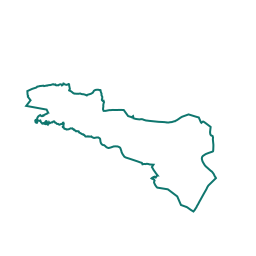 Isidro Fabela, México, Mexico, rotated 217°
{"feature_id": "50627088B86808521330602", "entity_name": "Isidro Fabela", "entity_type": "district", "adm_level": 2, "iso_a3": "MEX", "parent_name": "Mexico", "parent_adm1": "México", "projection": "natural_earth1", "projection_center": [-99.413, 19.552], "detail": "fine", "context": "isolated", "style": "outline", "palette": "teal", "viewbox_px": 256, "rotation_deg": 217, "n_neighbors": 0, "source": "geoboundaries", "source_scale": "gbopen_adm2", "svg_char_len": 5727}
<svg xmlns="http://www.w3.org/2000/svg" viewBox="0 0 256 256"><g transform="rotate(217 128 128)"><path d="M227.0,93.1L226.8,92.7L222.5,91.5L222.6,84.4L204.1,93.7L201.2,92.3L201.5,92.1L201.1,91.2L202.4,88.8L202.6,88.4L202.6,88.2L203.4,87.0L203.0,86.7L203.4,86.2L203.6,86.0L203.6,85.9L203.9,85.6L204.4,85.4L204.8,85.4L205.1,85.3L205.3,85.3L205.5,85.5L205.8,85.5L205.8,85.3L206.2,84.8L206.3,84.5L206.4,84.0L206.6,83.6L206.6,83.1L206.6,82.2L206.5,81.9L206.4,81.2L205.9,80.4L205.9,80.1L206.1,79.5L206.5,79.1L206.6,78.6L206.6,78.3L206.5,78.1L206.2,78.2L206.0,77.8L205.5,77.2L205.3,77.0L204.3,77.0L203.8,77.4L203.8,77.7L204.0,77.9L204.1,78.0L204.4,78.3L204.5,78.5L204.4,79.2L204.2,79.7L204.1,79.8L204.0,80.1L203.0,80.4L202.5,81.2L201.6,80.6L201.0,80.3L199.0,79.9L198.5,80.4L198.8,80.7L198.0,81.6L198.0,80.8L196.4,81.4L196.8,82.4L197.7,82.2L197.6,84.2L197.3,84.4L196.7,84.0L196.0,83.2L195.0,82.3L194.2,82.4L194.4,82.8L195.1,83.9L194.3,83.8L194.6,85.1L193.4,84.7L192.4,86.6L191.9,86.8L191.6,88.1L191.3,88.6L190.8,88.9L190.3,88.7L190.1,88.5L189.8,88.4L189.5,88.4L189.1,88.6L188.7,88.7L187.4,88.5L187.1,88.6L186.9,88.7L186.5,89.1L186.3,89.2L185.7,89.2L185.2,89.2L184.8,89.3L184.6,89.5L184.0,90.7L183.2,91.4L183.0,92.0L183.2,93.0L183.0,93.3L182.8,93.4L182.5,93.1L182.0,92.9L181.7,92.6L181.7,91.8L180.5,90.6L180.4,90.3L180.9,89.8L180.9,89.7L180.5,89.4L179.4,89.5L178.8,89.4L178.3,89.1L178.1,89.2L177.1,89.8L176.9,89.8L176.5,89.7L176.3,89.7L175.9,90.2L175.5,90.4L174.6,91.3L173.6,93.2L172.7,93.7L172.5,93.8L172.2,94.2L171.4,94.0L171.0,94.2L170.5,94.0L170.3,94.3L169.6,94.1L169.4,94.0L169.1,94.2L168.6,94.3L168.4,94.2L168.0,94.3L167.6,94.1L166.8,94.7L166.8,94.8L165.5,95.6L165.2,95.6L165.0,95.3L164.3,95.0L162.5,95.4L162.1,95.3L161.2,95.4L159.9,96.0L159.6,95.7L159.1,95.8L158.6,96.1L156.9,95.6L156.0,96.2L155.6,96.5L155.4,96.6L155.3,97.0L154.7,97.4L154.3,97.7L154.0,97.6L153.6,98.0L152.8,98.5L152.2,99.2L151.8,99.0L150.1,99.3L149.7,99.4L149.0,99.7L147.4,101.5L146.0,102.6L145.5,102.6L144.3,102.7L143.7,102.5L143.2,102.0L141.6,100.4L141.1,100.1L140.6,99.7L140.4,99.6L140.0,99.5L139.2,99.2L138.8,99.2L137.9,99.3L137.6,99.4L136.8,99.9L136.4,99.9L135.3,99.9L133.8,99.7L133.0,99.8L131.7,100.2L131.3,100.5L130.1,102.0L128.3,104.7L127.1,105.7L125.4,106.9L124.6,107.2L123.2,107.5L122.5,107.5L121.8,107.2L119.3,105.5L118.8,105.0L117.3,104.2L115.9,103.6L115.1,103.4L113.8,102.9L112.5,103.0L111.7,103.2L108.0,104.5L107.1,104.8L100.2,107.1L98.2,107.7L97.5,107.9L97.0,108.1L96.0,108.5L94.6,107.7L93.6,108.9L92.2,109.8L91.4,110.8L89.8,111.6L88.8,111.9L85.6,114.0L85.4,111.2L84.1,110.7L82.1,109.8L80.1,109.2L78.4,108.6L75.7,107.9L76.3,107.4L76.1,106.6L76.2,106.3L76.1,106.0L76.4,105.7L76.2,105.1L76.9,105.0L77.3,104.5L77.7,104.8L78.1,104.2L78.8,102.4L78.9,101.9L78.6,101.9L78.0,102.1L77.2,102.3L76.0,102.4L75.6,102.2L75.1,102.0L74.9,101.1L74.5,100.3L74.0,99.9L72.9,99.3L72.4,99.1L72.1,98.9L71.3,98.6L69.6,98.1L68.9,98.0L68.5,98.1L68.2,98.3L59.3,103.0L47.5,103.0L39.4,98.4L37.4,99.0L34.8,99.8L34.0,100.0L33.8,100.2L32.4,100.3L28.5,100.4L25.5,100.7L25.4,103.4L25.6,104.0L25.6,105.5L25.7,106.2L25.9,106.8L26.2,109.6L26.6,111.8L27.0,114.8L27.3,116.8L27.8,120.4L28.6,126.6L29.0,128.3L29.2,130.4L27.6,140.9L28.3,141.3L29.0,141.4L29.7,141.7L32.0,142.9L34.4,143.6L35.3,143.7L35.7,143.6L37.1,143.7L38.4,143.8L40.6,144.0L42.3,144.1L44.1,144.4L46.4,145.3L48.2,146.1L48.7,146.4L50.5,147.8L50.7,148.2L51.2,149.0L51.3,149.2L51.4,150.6L51.1,151.5L50.3,153.8L49.9,154.5L48.6,156.6L46.5,159.7L46.2,160.2L46.1,160.5L46.2,160.9L46.8,161.9L49.1,165.2L49.9,166.2L53.4,170.0L54.4,171.6L55.6,172.5L56.3,172.3L56.6,172.3L57.2,172.1L57.7,172.2L58.3,172.5L58.7,172.7L59.6,173.7L60.0,174.1L61.9,177.3L62.2,177.9L62.7,178.6L66.9,178.6L70.0,178.6L71.5,178.5L71.8,178.4L72.1,178.1L72.4,176.9L72.5,176.3L73.2,176.4L77.8,179.0L80.9,177.8L87.8,175.3L91.6,169.5L92.3,167.8L93.0,165.6L93.6,163.9L94.6,161.8L94.6,161.6L95.1,161.2L96.6,159.1L98.0,157.8L99.0,156.7L100.6,155.6L101.0,155.5L101.7,155.0L102.5,154.6L107.5,151.2L115.8,146.2L116.7,145.7L118.2,144.8L120.7,143.9L121.4,143.8L121.7,143.7L122.2,143.3L122.7,143.1L123.5,142.3L123.8,141.9L126.0,140.6L127.7,139.7L128.3,139.5L129.0,139.3L129.6,139.0L130.6,140.1L131.1,140.5L131.6,138.7L132.3,138.6L133.4,138.2L135.1,137.6L142.2,139.8L144.8,138.0L147.7,135.7L148.3,135.2L151.1,133.2L152.3,132.1L153.7,131.0L154.7,129.9L156.2,128.2L157.8,127.0L158.6,127.5L159.2,127.9L160.0,129.1L160.4,130.0L161.3,131.1L161.9,132.1L162.6,133.7L162.7,134.2L164.0,135.1L164.5,134.4L165.6,134.6L165.8,134.7L166.1,135.2L166.3,135.8L166.4,136.1L166.7,136.6L167.3,137.4L167.8,137.7L168.7,138.1L169.1,138.4L169.7,139.4L172.1,140.9L172.6,141.6L172.8,141.7L173.4,141.4L173.9,141.0L174.7,140.7L175.1,140.4L175.9,139.8L176.6,139.1L176.9,138.8L177.4,137.8L177.6,137.2L177.4,135.3L177.4,134.9L177.6,134.4L178.0,133.5L178.2,133.0L180.5,129.9L180.5,129.2L182.6,128.7L184.2,128.0L185.0,127.4L186.3,126.9L186.9,126.8L188.3,125.4L190.6,123.8L191.0,123.6L191.6,123.1L192.2,123.1L192.7,122.9L193.9,123.0L195.7,123.0L197.6,122.6L197.9,123.4L197.9,124.2L200.2,126.2L200.9,126.9L201.1,127.2L201.6,127.5L201.9,127.4L202.4,126.3L202.7,125.9L203.3,125.3L203.6,125.2L205.0,124.7L205.8,124.7L206.2,124.8L206.4,124.6L206.1,123.9L206.0,123.5L206.4,122.3L207.1,122.6L207.3,122.6L208.0,122.4L208.3,122.2L208.8,121.6L209.2,120.8L209.3,120.2L209.6,120.0L209.8,119.9L210.7,119.1L211.0,118.9L211.6,118.7L212.1,119.1L212.3,119.1L213.2,118.1L213.5,118.0L214.0,118.0L214.2,117.8L214.5,117.5L214.9,116.8L215.2,116.5L215.4,116.2L215.9,115.5L216.6,115.0L217.8,113.7L218.1,113.1L218.4,113.1L220.3,110.9L221.0,110.9L223.9,108.2L224.1,107.8L225.4,106.4L225.5,105.4L225.8,104.8L228.0,101.7L230.6,96.9L228.1,94.0L227.1,93.6L227.0,93.4L227.0,93.1Z" fill="none" stroke="#0f766e" stroke-width="2"/></g></svg>